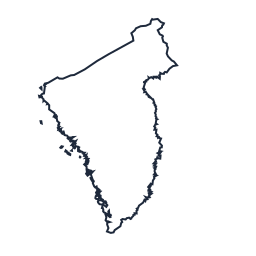 outline of Boalemo, Gorontalo, Indonesia, rotated 65°
{"feature_id": "22746128B1718153682633", "entity_name": "Boalemo", "entity_type": "district", "adm_level": 2, "iso_a3": "IDN", "parent_name": "Indonesia", "parent_adm1": "Gorontalo", "projection": "orthographic", "projection_center": [122.441, 0.682], "detail": "fine", "context": "isolated", "style": "outline", "palette": "slate", "viewbox_px": 256, "rotation_deg": 65, "n_neighbors": 0, "source": "geoboundaries", "source_scale": "gbopen_adm2", "svg_char_len": 5949}
<svg xmlns="http://www.w3.org/2000/svg" viewBox="0 0 256 256"><g transform="rotate(65 128 128)"><path d="M91.9,57.1L87.2,58.3L85.2,59.8L80.0,61.5L76.9,61.5L72.1,57.9L69.5,58.0L68.0,57.2L64.8,59.5L60.6,58.8L59.7,57.6L58.9,57.6L56.5,59.6L51.9,59.7L51.1,54.7L49.5,53.7L49.3,52.4L48.3,51.2L45.9,53.5L41.7,55.0L40.3,59.6L39.5,60.1L40.7,62.0L43.0,63.7L42.9,68.6L41.1,73.5L41.0,78.6L42.3,80.5L43.5,84.9L47.4,85.1L51.1,86.2L52.9,113.8L54.2,127.7L56.6,142.4L57.2,154.4L56.1,157.6L55.8,166.2L54.2,169.3L52.3,170.5L53.3,181.2L52.6,184.6L53.3,185.5L53.7,184.9L53.9,186.0L54.6,185.8L54.3,186.4L54.8,185.8L55.9,186.2L61.2,189.6L60.8,191.0L61.2,192.6L62.5,193.5L61.3,195.0L62.8,195.3L63.1,194.2L62.6,193.7L63.2,192.7L64.7,193.0L66.3,192.4L67.8,193.2L67.6,192.6L68.2,192.1L71.6,190.5L72.2,191.2L72.4,190.3L74.1,189.8L77.8,191.6L83.4,188.4L84.8,188.5L85.8,189.8L86.0,188.0L86.6,188.3L87.4,187.5L88.8,188.5L87.4,189.2L87.5,189.8L89.5,188.6L91.8,189.2L94.3,188.0L94.7,188.8L95.7,189.0L95.9,190.1L97.0,190.4L97.7,189.6L98.2,191.6L99.3,191.6L99.4,191.1L100.1,191.8L100.4,189.7L100.9,191.0L101.9,191.3L102.5,190.8L101.6,189.6L104.0,190.4L105.6,189.9L105.8,189.3L103.1,187.7L107.6,188.5L109.2,186.4L110.6,186.1L111.7,187.1L112.6,186.7L111.5,185.5L112.0,184.7L112.4,185.4L113.2,185.2L112.7,182.3L113.2,181.1L113.5,183.1L114.6,184.0L114.5,185.5L115.2,186.0L116.0,185.8L116.6,182.6L117.8,182.1L117.7,180.7L118.4,181.6L118.3,183.2L119.6,182.3L119.5,181.3L120.2,182.5L118.5,184.4L119.5,183.9L119.0,185.1L119.5,186.0L119.9,184.6L120.5,184.6L120.2,185.7L121.1,185.7L121.1,184.3L121.3,185.1L122.2,184.5L123.0,185.7L123.5,185.2L123.7,185.8L123.9,184.7L122.3,183.0L123.9,181.3L123.5,180.9L124.5,181.4L124.2,180.9L124.9,180.4L126.2,181.9L127.3,181.5L126.7,182.4L127.9,183.0L129.4,181.6L129.6,180.1L130.5,179.4L131.1,179.7L132.1,177.8L132.7,179.2L133.7,178.5L134.7,179.6L135.3,178.6L134.9,177.2L136.0,178.1L136.5,177.6L136.9,178.5L137.0,177.7L138.3,178.1L139.2,176.8L139.5,177.3L138.7,178.8L141.0,177.6L141.5,177.9L140.9,178.8L140.1,178.6L139.8,179.7L140.8,180.5L140.0,180.7L142.3,180.2L142.8,179.2L143.7,180.1L143.1,181.7L142.1,181.9L142.5,183.1L145.5,181.9L147.7,182.8L148.3,182.3L148.1,183.1L149.8,183.6L150.5,181.8L151.5,182.3L152.8,181.7L151.8,181.4L151.6,180.7L150.8,181.0L150.8,180.1L151.5,180.1L151.3,179.4L151.9,179.1L152.5,179.6L152.7,178.2L153.8,180.7L153.2,180.8L153.6,181.2L159.6,181.8L158.8,182.6L157.4,182.6L157.4,183.1L158.3,183.2L161.5,182.8L161.4,181.9L160.4,181.7L161.8,181.5L163.2,183.2L166.6,183.3L167.8,182.9L167.7,181.2L168.8,181.5L168.8,182.2L169.5,182.1L169.8,181.1L172.7,179.6L170.6,181.7L172.4,182.9L172.9,184.2L174.0,184.3L174.4,183.7L173.0,181.7L172.9,180.7L173.8,179.7L175.0,183.1L176.0,182.0L176.7,182.6L177.6,181.6L178.9,183.4L179.4,182.1L180.2,182.6L182.4,181.1L183.3,182.1L182.2,182.7L181.2,185.3L181.7,186.3L182.9,186.6L185.0,186.0L186.6,183.6L185.8,181.5L184.1,181.0L185.0,179.3L186.3,179.2L186.6,180.0L189.2,179.3L190.3,181.0L188.2,182.1L187.3,182.9L187.4,183.7L189.5,185.4L189.9,184.7L192.0,185.0L192.8,185.7L194.2,185.5L195.4,184.4L196.3,184.8L196.6,183.7L197.9,182.6L197.7,181.9L195.3,181.1L194.9,180.2L198.1,181.4L199.4,180.8L199.5,179.6L200.1,181.4L201.2,181.4L201.2,182.0L197.0,184.1L197.1,184.9L199.9,185.4L202.2,187.3L204.2,186.6L204.0,185.7L205.5,184.3L205.0,186.8L206.7,187.7L210.4,188.0L212.9,190.8L215.8,187.9L216.5,185.2L214.9,183.2L213.8,176.4L211.2,174.3L210.8,173.0L208.4,173.0L208.2,171.4L209.9,168.8L209.2,167.3L209.7,164.9L211.5,164.2L211.5,163.3L210.8,162.8L209.9,160.3L209.1,159.9L209.4,158.6L208.0,158.1L209.1,156.3L206.6,155.3L206.2,153.9L204.8,154.1L204.8,152.8L203.0,150.8L202.0,145.8L200.1,143.5L201.5,143.1L200.3,142.1L200.7,140.6L198.1,141.1L199.4,139.9L199.9,137.8L197.9,138.4L198.9,137.4L197.9,136.8L197.7,135.7L197.2,136.9L195.9,136.8L196.2,135.1L195.3,135.9L194.8,135.6L195.2,133.9L193.7,134.8L193.3,136.0L192.8,135.7L192.9,134.0L190.0,134.7L189.3,133.3L190.5,133.8L190.9,133.2L190.0,131.7L188.2,130.8L189.3,129.6L186.1,127.6L184.7,125.3L183.3,125.1L183.1,122.2L181.2,124.2L180.8,123.4L181.8,122.9L181.8,122.2L178.8,122.3L177.2,121.5L176.8,120.5L175.4,121.1L175.5,119.5L174.8,118.7L173.2,120.4L172.3,118.0L171.0,119.8L170.1,117.7L170.5,116.8L168.0,116.5L168.1,114.9L166.9,113.8L168.3,113.3L169.4,111.7L166.8,110.2L166.4,111.6L165.7,111.8L164.5,109.7L164.1,111.3L163.3,111.8L163.1,108.0L162.0,109.4L159.3,107.0L159.8,105.6L158.3,104.7L154.5,105.9L151.5,102.5L150.5,103.7L149.5,103.7L149.6,104.9L148.3,104.5L147.6,105.5L146.7,104.2L144.6,105.0L141.5,102.9L140.7,104.8L139.0,103.0L137.7,103.6L136.5,101.9L136.7,100.2L135.5,100.9L132.4,98.8L132.4,97.8L131.2,98.6L130.3,97.7L129.1,98.1L127.4,97.1L125.7,97.2L124.9,95.8L123.6,95.4L122.9,94.3L120.8,94.2L120.2,93.4L118.9,94.2L118.4,93.6L117.6,94.0L116.3,93.5L115.9,94.1L115.4,93.4L112.7,93.1L112.6,93.6L108.3,95.2L109.2,95.6L108.6,96.1L106.2,95.9L105.4,96.9L104.9,96.3L102.8,96.6L102.4,98.1L101.8,97.5L99.3,97.7L99.9,96.5L97.9,96.7L94.3,93.4L92.8,94.7L93.3,93.4L92.6,92.0L93.3,91.5L92.4,90.8L92.6,89.6L91.8,88.1L90.9,87.9L91.8,87.4L91.7,85.5L93.7,84.2L92.3,83.3L93.4,80.9L94.1,80.7L94.0,81.5L94.5,80.9L93.9,79.9L96.8,78.4L94.8,77.3L93.4,77.5L93.2,76.3L91.7,75.5L93.1,74.5L94.1,72.6L93.2,71.9L92.8,70.7L94.0,69.4L91.8,65.4L90.9,61.1L91.9,57.1ZM178.1,183.4L176.5,184.0L176.4,184.8L175.9,184.2L175.4,184.7L176.2,186.1L177.7,187.2L178.7,186.9L179.8,185.4L179.4,183.8L178.1,183.4ZM152.2,183.0L150.6,183.6L151.7,185.3L154.1,184.8L153.8,183.2L153.0,183.0L152.6,183.6L152.2,183.0ZM127.3,191.3L124.7,192.8L124.5,193.5L125.5,193.7L127.1,192.7L128.0,191.8L127.3,191.3ZM87.4,204.3L85.2,203.7L84.9,204.4L86.9,204.8L87.4,204.3ZM117.2,197.6L117.8,197.2L117.8,195.9L117.2,195.0L116.4,196.0L117.2,197.6ZM56.3,190.0L54.4,189.2L54.1,189.3L54.5,190.7L56.3,190.0ZM122.8,194.8L123.4,194.2L123.0,193.4L122.0,193.9L122.8,194.8ZM125.0,188.4L124.4,188.2L124.6,188.9L125.0,188.4ZM134.2,183.4L133.7,183.6L134.0,184.0L134.4,183.9L134.2,183.4Z" fill="none" stroke="#1e293b" stroke-width="2"/></g></svg>